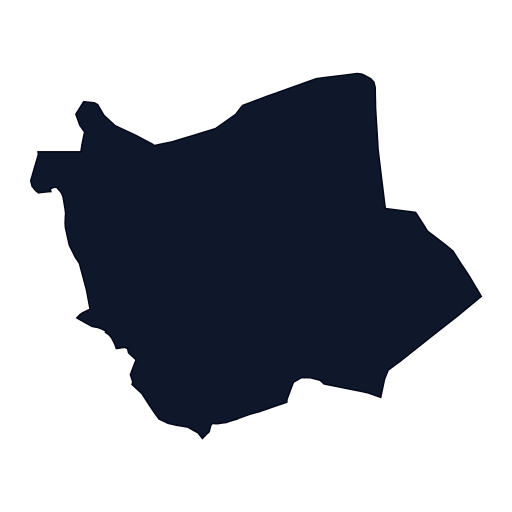 Al Hada, Dhamar, Yemen (Albers equal-area conic projection)
{"feature_id": "15242507B58187831730199", "entity_name": "Al Hada", "entity_type": "district", "adm_level": 2, "iso_a3": "YEM", "parent_name": "Yemen", "parent_adm1": "Dhamar", "projection": "albers", "projection_center": [44.487, 14.807], "detail": "fine", "context": "isolated", "style": "filled", "palette": "ink", "viewbox_px": 512, "rotation_deg": 0, "n_neighbors": 0, "source": "geoboundaries", "source_scale": "gbopen_adm2", "svg_char_len": 2881}
<svg xmlns="http://www.w3.org/2000/svg" viewBox="0 0 512 512"><path d="M481.3,296.5L477.0,289.0L476.9,289.1L475.4,286.5L469.7,276.8L465.9,270.9L463.2,266.9L460.8,263.4L453.0,251.1L446.3,245.5L427.4,231.0L424.2,225.7L424.0,225.4L415.6,212.4L385.3,208.5L382.9,189.0L378.1,149.7L377.7,142.4L375.6,108.5L375.5,101.7L375.4,99.7L375.2,87.3L373.8,82.0L370.7,78.7L364.6,75.4L361.9,74.1L357.2,73.5L344.8,75.1L338.9,75.8L330.1,76.9L325.6,77.4L319.9,78.2L316.6,78.6L308.3,81.5L273.4,94.0L272.9,94.2L268.5,95.7L242.5,105.5L239.7,109.1L237.0,112.6L235.6,114.4L215.5,128.6L213.8,129.1L191.4,136.0L184.3,138.1L175.2,140.9L172.7,141.7L165.6,143.2L163.8,143.5L158.3,144.7L154.9,145.4L154.4,145.7L154.0,145.4L152.5,144.2L152.2,144.0L147.0,141.3L136.1,135.5L123.9,129.8L116.7,126.4L115.1,125.7L111.9,122.7L109.6,120.6L104.0,115.4L99.2,107.3L98.6,106.3L97.7,104.7L94.4,102.8L83.7,101.7L79.0,109.1L78.6,109.8L75.9,114.1L76.1,114.9L77.3,118.2L79.8,125.2L83.1,129.9L84.6,132.0L83.6,136.6L83.0,139.6L81.9,144.9L80.9,151.8L79.1,151.8L74.2,151.8L69.2,151.8L62.0,151.8L52.9,151.8L51.4,151.8L47.0,151.8L43.7,151.8L38.0,151.8L38.4,154.3L30.7,180.7L32.1,186.2L35.2,190.1L38.4,192.9L40.9,192.5L48.4,191.7L49.4,191.7L50.9,191.6L50.2,188.9L54.0,187.3L56.7,187.3L61.3,192.7L62.4,195.3L63.0,196.7L65.1,209.2L65.6,213.4L65.4,215.5L65.1,222.9L65.1,223.5L65.4,227.7L65.5,228.1L66.6,233.0L67.3,236.3L67.4,236.8L68.1,239.8L68.4,241.3L69.3,245.2L75.4,257.5L75.9,258.1L76.0,258.3L79.1,262.9L79.3,263.1L79.5,263.8L79.7,264.4L80.1,266.0L81.1,270.0L81.7,272.0L82.1,273.6L83.3,278.1L86.5,290.1L87.8,297.1L88.0,298.2L89.6,306.8L90.1,309.2L89.6,309.4L82.6,312.8L80.3,314.3L76.8,317.9L80.1,319.8L91.9,326.4L98.2,327.6L105.6,330.7L105.4,332.3L108.9,334.7L111.7,338.0L112.6,339.9L114.6,343.7L116.3,348.4L116.3,348.5L117.0,348.5L123.4,347.5L124.5,347.4L126.2,348.0L127.6,348.5L128.5,352.7L130.1,354.3L136.1,359.8L134.8,363.1L134.3,364.3L130.4,374.6L132.8,382.1L132.0,384.4L141.8,393.5L148.2,403.4L149.8,405.9L150.6,407.0L154.9,413.4L159.0,419.0L165.1,421.9L168.2,423.4L168.7,423.5L168.8,423.5L175.8,425.1L176.2,425.2L176.7,425.3L187.7,427.1L194.0,430.7L195.2,431.3L198.0,432.9L202.4,438.5L206.2,434.5L206.4,434.2L208.7,432.4L209.5,430.8L209.8,429.0L210.4,426.9L210.6,425.9L211.2,424.8L211.8,423.9L212.1,423.8L212.5,423.6L213.3,423.5L215.4,423.7L217.9,423.7L220.2,423.3L222.9,422.9L226.3,422.5L226.6,422.4L229.9,421.2L237.4,419.0L239.3,418.0L247.2,415.2L250.1,414.2L257.5,412.2L259.0,411.8L271.6,407.4L286.8,402.2L287.0,399.3L290.9,388.9L292.7,384.3L293.4,382.3L296.3,380.6L299.6,378.7L301.2,377.7L301.5,377.7L310.3,377.7L311.7,378.1L318.0,379.7L320.1,380.3L321.0,381.1L324.0,383.8L324.2,384.0L332.9,385.7L340.8,387.3L348.6,388.9L351.2,389.4L362.3,391.6L368.1,392.9L380.7,397.4L384.6,379.0L388.2,370.1L397.1,363.5L399.5,361.8L437.2,331.9L457.3,316.2L480.9,296.7L481.3,296.5Z" fill="#0f172a" stroke="#020617" stroke-width="1.5"/></svg>